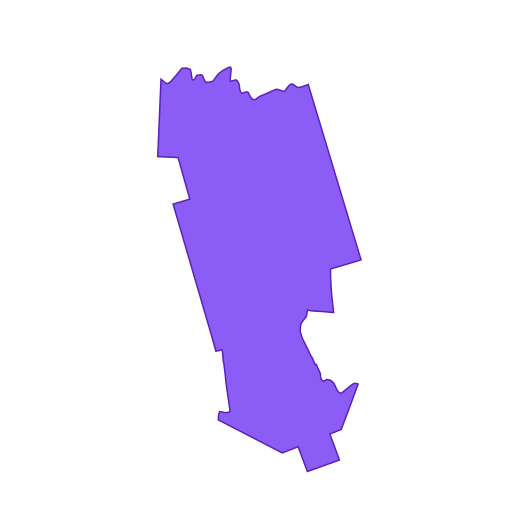 Tiganesti, Teleorman, Romania (Mercator projection), rotated 113°
{"feature_id": "2599482B47763495290999", "entity_name": "Tiganesti", "entity_type": "district", "adm_level": 2, "iso_a3": "ROU", "parent_name": "Romania", "parent_adm1": "Teleorman", "projection": "mercator", "projection_center": [25.313, 43.885], "detail": "fine", "context": "isolated", "style": "filled", "palette": "violet", "viewbox_px": 512, "rotation_deg": 113, "n_neighbors": 0, "source": "geoboundaries", "source_scale": "gbopen_adm2", "svg_char_len": 1963}
<svg xmlns="http://www.w3.org/2000/svg" viewBox="0 0 512 512"><g transform="rotate(113 256 256)"><path d="M130.4,412.5L202.9,385.3L195.8,366.2L229.5,339.2L240.6,352.6L348.0,264.7L359.3,255.7L355.6,250.5L358.9,248.5L365.4,245.2L368.3,243.0L370.0,242.2L377.2,238.0L382.2,235.3L388.0,231.9L389.7,230.9L396.1,227.0L407.2,220.3L408.9,219.2L409.7,219.6L410.4,219.8L411.5,221.8L412.2,223.0L412.8,226.2L413.4,228.1L413.5,228.7L416.4,228.5L421.6,226.7L427.0,154.9L415.1,142.7L434.3,124.5L411.2,99.5L391.0,118.4L382.3,109.8L367.5,110.4L355.4,110.9L334.0,112.0L334.4,115.0L336.2,117.0L348.6,123.6L349.4,125.0L349.0,126.9L347.6,129.2L342.8,134.4L341.3,138.4L341.9,142.5L345.0,144.9L344.4,147.2L342.2,149.3L339.2,150.7L332.2,158.3L333.1,158.9L328.2,163.9L326.1,166.8L313.2,181.7L307.9,186.0L301.6,188.0L298.5,187.8L292.5,186.1L289.6,186.5L285.6,187.5L284.9,183.9L284.0,181.0L281.1,173.0L277.7,162.5L271.9,165.7L262.7,170.9L255.3,174.7L251.1,176.7L246.0,179.2L238.8,182.3L218.5,157.8L78.5,274.3L77.7,274.9L77.9,275.0L79.6,276.9L80.9,278.4L83.3,281.1L84.4,283.1L84.5,284.6L83.8,287.5L83.6,290.1L84.4,291.2L85.8,292.0L88.3,292.9L91.0,293.4L92.6,293.9L93.4,294.7L93.7,295.6L93.8,297.1L94.1,299.1L94.2,301.4L95.0,303.0L103.2,310.6L107.6,315.0L112.1,317.6L112.6,318.5L113.1,319.8L113.1,320.7L111.6,323.2L110.0,325.5L109.7,325.9L109.2,326.2L108.6,326.8L108.5,327.5L108.5,328.8L111.6,332.4L111.6,333.1L111.0,334.4L108.5,336.3L105.5,338.0L103.8,339.4L102.2,341.4L101.8,343.0L101.8,343.5L104.7,347.0L105.1,347.7L104.0,348.6L99.0,350.2L95.7,351.2L93.6,351.9L92.8,352.4L92.3,353.0L92.3,353.5L92.4,354.0L93.5,355.2L96.3,357.5L98.8,359.4L102.3,361.4L105.3,362.4L108.0,363.0L110.9,363.7L112.6,364.4L115.5,369.1L115.1,371.4L110.9,375.6L110.6,377.3L112.8,381.1L117.4,381.6L118.6,382.6L118.4,383.8L112.9,387.2L109.9,389.3L110.1,393.4L111.1,395.4L112.1,397.5L124.5,401.2L129.3,402.8L131.8,404.7L132.3,406.5L131.3,409.5L130.4,412.5Z" fill="#8b5cf6" stroke="#5b21b6" stroke-width="1.5"/></g></svg>